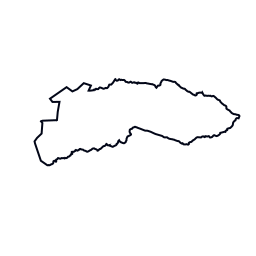 the district of Hwedza, Mashonaland East, Zimbabwe, rotated 310°
{"feature_id": "62879985B61982490553927", "entity_name": "Hwedza", "entity_type": "district", "adm_level": 2, "iso_a3": "ZWE", "parent_name": "Zimbabwe", "parent_adm1": "Mashonaland East", "projection": "mercator", "projection_center": [31.714, -18.765], "detail": "fine", "context": "isolated", "style": "outline", "palette": "ink", "viewbox_px": 256, "rotation_deg": 310, "n_neighbors": 0, "source": "geoboundaries", "source_scale": "gbopen_adm2", "svg_char_len": 5836}
<svg xmlns="http://www.w3.org/2000/svg" viewBox="0 0 256 256"><g transform="rotate(310 128 128)"><path d="M208.9,205.4L209.1,204.8L208.9,204.1L208.0,202.7L207.7,201.7L206.6,200.0L206.2,198.1L206.2,197.2L206.4,196.5L206.4,195.6L206.7,194.6L206.2,192.5L206.1,191.1L206.4,190.6L206.7,190.4L207.6,189.6L207.8,189.2L207.8,188.7L207.8,188.3L207.3,187.0L207.3,185.0L207.2,184.4L207.5,181.8L208.1,180.7L208.0,180.2L207.7,179.2L207.4,178.6L207.4,177.2L207.6,175.9L207.6,173.5L207.5,172.9L207.3,172.6L206.3,172.0L205.9,171.6L205.7,170.4L205.1,169.9L204.4,168.8L203.5,168.0L202.7,166.5L202.0,166.1L201.8,165.8L201.9,164.9L202.5,162.9L202.8,162.5L203.0,162.0L202.5,162.1L201.6,160.6L201.3,160.3L201.2,160.2L200.7,159.7L199.9,159.3L198.8,158.4L198.7,158.3L198.4,158.4L197.8,159.2L197.1,159.2L196.6,159.0L196.1,158.6L195.9,157.3L195.5,156.6L195.4,155.7L195.3,151.9L195.1,151.5L194.6,151.0L194.3,149.4L194.4,148.7L194.3,147.5L194.5,146.8L194.5,146.3L194.4,146.0L193.7,145.1L193.6,144.2L193.1,142.9L193.2,140.6L193.1,140.3L193.5,139.7L193.5,138.8L193.1,138.3L193.3,137.8L193.3,137.3L193.3,136.0L193.6,135.1L193.6,134.6L193.4,134.1L193.1,133.7L192.6,133.2L192.3,132.7L191.4,130.2L191.0,129.5L190.1,127.3L189.3,126.5L189.0,125.6L188.2,124.2L187.9,124.0L187.1,123.8L186.7,123.8L186.2,123.6L185.3,123.6L184.9,123.8L183.0,124.2L182.8,124.3L182.5,124.7L181.8,125.1L181.3,125.0L181.0,124.9L180.5,124.4L180.3,124.4L180.1,124.1L179.6,123.7L177.1,123.9L177.1,123.1L177.9,121.3L177.8,120.4L177.4,119.4L177.3,118.6L176.9,118.2L175.3,115.5L175.0,114.8L174.4,114.0L174.0,112.9L173.7,112.4L172.4,111.1L170.0,108.3L169.8,107.9L169.6,106.8L169.4,106.5L169.2,106.4L168.9,106.4L168.3,106.8L168.0,106.7L168.0,106.3L167.9,106.2L168.0,105.5L167.7,104.9L167.3,104.6L167.1,104.3L167.1,104.1L167.2,103.7L166.6,103.0L165.5,102.4L165.2,101.8L165.2,101.5L165.3,100.8L165.2,100.3L163.3,99.5L162.7,98.3L162.7,97.8L161.9,96.5L162.0,96.1L162.3,95.3L162.3,94.3L162.2,94.0L161.1,92.8L160.8,92.2L160.7,91.9L159.8,91.3L159.8,90.1L159.5,89.8L159.1,89.7L158.0,89.7L157.4,89.4L157.0,89.0L156.8,87.9L157.3,87.1L157.3,86.9L156.8,86.8L156.2,87.0L155.5,87.0L154.6,87.2L154.1,87.2L153.3,87.4L151.9,87.3L150.8,87.3L150.6,87.3L150.2,87.0L149.8,86.3L149.1,85.8L147.0,86.5L145.2,86.4L144.7,85.9L144.5,85.3L144.2,85.0L143.5,84.8L142.4,84.1L142.2,83.8L141.6,81.7L141.0,80.4L139.8,80.1L138.7,80.2L137.8,79.2L137.5,78.3L137.1,78.2L136.3,78.3L136.1,78.1L135.8,77.4L135.5,77.3L134.9,77.5L134.6,77.0L134.1,76.7L133.3,76.0L131.8,74.5L131.3,73.8L136.7,72.3L135.7,69.7L133.9,65.3L125.2,64.2L120.3,61.9L119.8,54.7L108.4,51.6L100.3,49.4L99.4,53.4L104.0,58.7L95.2,63.8L88.4,68.5L87.8,68.2L87.5,67.6L78.7,57.9L77.3,57.0L77.2,57.0L76.8,59.2L68.2,65.4L62.0,64.7L57.7,65.0L56.4,66.7L46.9,82.3L47.3,86.6L47.6,90.0L48.0,90.7L48.5,90.9L48.8,91.6L49.5,92.1L50.2,92.2L51.2,92.9L51.5,92.9L52.2,93.3L52.9,93.3L53.6,93.0L54.5,92.3L55.1,92.4L55.5,92.6L55.9,93.0L55.9,93.5L55.7,94.1L55.9,94.5L56.2,94.5L56.4,94.3L56.5,93.9L57.5,93.3L58.3,93.6L58.6,93.9L59.9,93.7L60.3,94.2L60.5,95.1L61.1,96.0L62.2,96.4L62.4,96.8L63.5,97.9L63.9,98.9L64.6,98.9L64.9,99.7L65.3,100.1L66.3,100.6L67.3,100.5L67.9,100.9L68.5,101.3L69.4,101.3L70.0,101.6L70.8,101.4L71.0,101.2L71.7,101.3L71.9,101.8L72.1,101.9L72.4,101.9L72.6,101.1L73.4,100.3L73.6,100.3L73.9,100.5L74.3,101.2L74.9,101.8L75.7,101.9L76.5,102.3L77.2,102.0L77.7,102.2L78.0,103.5L78.2,103.9L78.6,104.1L79.1,104.1L79.9,104.5L80.0,104.6L80.3,104.7L80.8,104.5L81.3,104.9L81.7,106.2L82.5,107.5L82.5,108.8L83.3,110.4L83.3,111.3L83.6,112.0L84.1,112.4L85.6,113.0L86.1,113.1L87.5,113.8L89.4,114.1L90.5,115.0L90.7,115.4L90.7,116.0L91.3,117.6L91.3,118.0L91.4,119.1L91.2,119.3L91.6,119.6L93.6,119.8L94.0,120.2L94.4,120.4L98.0,120.8L98.5,121.0L99.1,121.6L100.1,121.9L101.9,121.7L102.0,122.1L101.7,122.7L101.7,123.5L102.0,124.0L102.5,124.4L102.4,124.4L102.6,125.2L103.2,126.8L103.3,126.9L103.4,127.5L103.8,128.4L104.2,128.6L105.6,129.1L106.9,129.8L107.7,129.9L108.0,129.9L108.6,129.5L109.1,129.8L109.4,129.8L110.4,129.7L111.6,129.0L112.9,129.1L112.4,130.4L112.6,132.0L112.8,132.3L113.0,133.3L113.4,134.1L113.7,134.7L114.4,135.0L115.6,135.3L116.4,134.9L117.5,134.8L118.8,133.8L120.7,133.2L121.3,133.1L121.5,133.2L122.1,133.6L122.5,133.7L124.0,134.4L124.4,134.5L124.9,134.5L125.3,134.0L125.6,132.5L126.1,131.7L126.4,131.4L127.9,130.5L128.3,130.6L128.9,130.8L130.1,131.6L131.2,131.4L131.9,131.8L132.3,132.1L133.2,132.4L133.5,132.7L133.8,133.8L133.9,134.0L134.0,134.0L134.2,134.5L134.4,135.4L135.3,137.8L136.9,142.6L137.2,143.1L138.2,144.3L138.7,145.3L139.7,147.9L140.6,151.3L141.1,153.0L143.7,158.9L143.9,159.6L144.0,161.4L144.5,162.3L145.9,163.8L146.0,164.1L146.0,165.2L146.3,166.5L147.1,168.0L148.1,169.6L148.1,169.9L148.8,171.1L148.9,171.8L149.8,174.2L150.2,174.9L150.5,175.2L150.6,176.2L150.4,177.1L150.4,177.9L150.7,179.4L150.8,179.5L151.3,179.5L151.4,180.0L151.2,180.3L151.2,181.0L151.4,181.4L152.2,182.4L152.6,182.8L153.3,183.3L153.6,184.2L154.0,184.8L154.5,184.9L154.9,184.9L155.1,184.6L155.4,184.5L155.7,184.2L156.3,184.3L157.2,184.7L157.7,185.2L158.2,185.5L160.0,185.6L160.3,185.8L160.6,185.8L161.9,186.3L164.6,186.6L165.6,187.1L167.7,190.0L168.2,190.1L169.1,190.3L169.9,190.9L170.2,192.3L170.3,192.6L170.5,192.7L171.2,192.4L171.4,192.5L171.8,193.0L172.3,194.1L173.7,195.1L173.7,195.4L173.4,196.7L173.6,197.1L174.0,197.5L175.2,198.2L177.2,198.3L177.7,198.5L178.0,198.8L178.1,199.4L178.5,200.5L178.7,201.0L179.2,201.4L180.0,201.8L180.8,202.0L181.4,202.2L182.4,202.3L182.8,202.3L183.6,201.8L184.6,202.6L187.2,204.4L187.4,204.6L187.6,205.1L187.9,205.1L188.4,204.7L188.9,204.7L189.3,204.8L190.0,205.3L190.3,205.3L190.4,205.2L190.8,204.7L191.3,204.6L192.3,205.2L193.8,206.3L195.8,206.5L197.1,206.5L197.7,206.3L199.7,205.1L200.2,205.0L201.8,205.0L202.9,205.4L203.7,204.9L204.9,204.8L205.5,205.0L206.2,205.9L206.5,206.5L208.8,205.7L208.9,205.4Z" fill="none" stroke="#020617" stroke-width="2"/></g></svg>